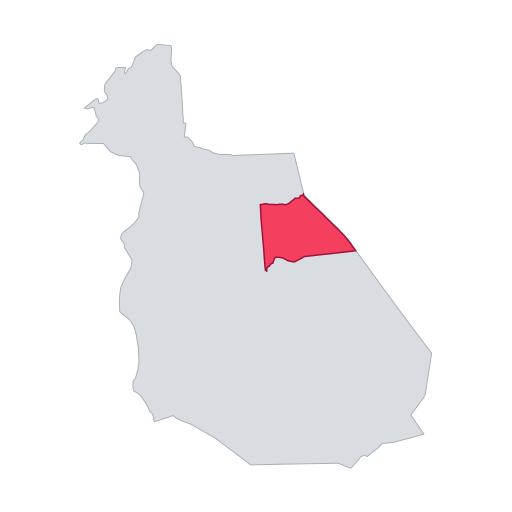 Arlit, Agadez, Niger shown in context, rotated 87°
{"feature_id": "23599985B35740417673211", "entity_name": "Arlit", "entity_type": "district", "adm_level": 2, "iso_a3": "NER", "parent_name": "Niger", "parent_adm1": "Agadez", "projection": "albers", "projection_center": [7.12, 19.518], "detail": "fine", "context": "in_parent", "style": "filled", "palette": "rose", "viewbox_px": 512, "rotation_deg": 87, "n_neighbors": 0, "source": "geoboundaries", "source_scale": "gbopen_adm2", "svg_char_len": 4466}
<svg xmlns="http://www.w3.org/2000/svg" viewBox="0 0 512 512"><g transform="rotate(87 256 256)"><path d="M416.3,366.4L411.3,366.7L408.4,367.7L404.8,370.6L400.8,371.9L395.9,374.5L392.8,376.5L389.9,378.2L386.0,382.1L384.7,385.0L380.7,385.7L375.0,385.4L371.3,382.6L362.9,379.8L357.4,378.7L354.9,378.4L342.1,378.2L328.5,379.7L321.6,381.2L320.4,381.5L316.5,383.4L313.2,385.5L304.5,395.0L292.8,394.8L285.9,393.8L280.0,392.5L271.7,388.2L261.4,381.6L257.5,380.7L254.0,380.2L252.8,380.3L240.7,387.0L238.3,386.8L235.5,387.6L233.6,389.2L232.2,390.0L230.7,390.2L228.8,389.8L226.9,388.8L225.1,387.0L220.1,379.6L219.0,378.3L216.9,376.1L213.3,372.7L210.9,371.1L209.4,370.7L207.6,371.0L197.9,368.0L188.2,364.8L186.1,365.2L184.6,365.8L181.2,368.1L177.2,368.4L172.2,368.2L169.4,367.8L164.9,368.5L162.0,369.4L158.1,370.9L152.9,375.0L151.5,375.5L150.3,376.2L148.4,387.7L146.9,391.1L144.3,395.7L139.1,399.9L135.6,402.5L135.5,406.1L135.1,411.9L134.9,415.9L135.1,418.5L134.5,419.7L134.3,420.8L134.4,422.6L135.2,423.4L135.7,424.4L135.3,425.3L133.7,426.3L131.9,423.7L129.6,421.8L127.1,420.9L125.4,419.5L124.5,417.6L121.3,414.0L113.7,406.6L113.0,406.5L111.7,406.1L109.5,406.9L108.1,408.1L107.2,408.5L105.8,408.5L102.1,409.3L99.1,410.4L99.0,411.4L100.3,416.8L99.5,419.7L98.3,418.3L94.2,412.7L91.4,408.6L90.9,407.7L90.5,406.3L90.8,405.7L92.0,405.3L94.7,404.9L95.2,404.5L95.4,403.3L95.0,401.3L93.6,398.4L92.1,396.5L91.3,396.1L89.7,396.0L87.9,396.2L84.6,398.4L83.1,398.8L79.8,398.5L76.8,397.9L75.0,396.7L69.7,392.0L63.9,387.0L61.4,386.3L60.9,385.8L60.6,382.1L60.9,377.7L61.2,376.5L63.7,377.3L66.3,377.7L67.2,376.9L65.2,375.3L62.2,373.6L61.1,371.1L60.3,370.3L58.9,369.4L57.4,368.9L55.8,368.1L54.8,367.4L53.0,367.0L51.2,366.4L48.6,362.4L46.2,358.5L44.7,355.5L44.3,353.7L45.2,350.6L44.4,349.4L41.6,346.2L39.3,343.2L40.1,338.7L40.8,335.0L40.9,332.7L41.3,331.4L41.7,329.9L43.3,329.5L47.4,329.7L55.3,330.7L61.8,330.1L62.1,330.0L66.7,326.1L71.9,322.1L79.4,322.0L87.5,321.8L93.8,321.7L103.1,321.7L110.6,321.6L119.3,321.5L119.6,319.6L120.1,319.1L121.0,319.1L127.3,320.3L133.3,321.4L133.8,317.8L139.2,313.3L142.2,312.4L142.9,311.7L143.9,310.1L144.5,307.8L144.8,306.1L145.9,304.7L146.8,302.1L147.9,297.6L151.0,292.9L152.8,286.5L153.1,280.3L153.5,275.6L154.4,274.6L154.5,266.2L154.7,257.8L154.8,250.6L154.9,241.7L155.0,233.9L155.1,225.4L155.2,217.8L155.3,212.8L161.2,211.7L167.4,210.5L176.4,208.8L186.1,207.0L196.7,204.9L199.1,203.6L207.1,196.4L210.8,193.1L217.9,186.6L223.4,181.6L230.4,175.2L237.8,168.8L243.7,163.6L252.9,157.8L266.8,148.9L280.6,140.0L294.3,131.0L308.0,122.0L321.7,113.0L335.3,103.9L348.8,94.8L362.3,85.7L376.2,88.6L389.4,91.4L402.7,94.1L405.9,95.7L413.1,101.7L422.4,109.3L422.8,109.4L423.2,109.5L431.7,104.4L442.6,97.7L446.3,114.2L449.2,128.4L449.8,137.5L450.0,139.8L451.0,141.4L453.1,142.9L462.2,155.6L460.5,158.0L462.0,162.0L464.2,163.7L471.7,171.1L472.7,172.6L472.3,173.9L467.9,183.4L467.2,185.7L466.8,197.5L466.5,205.8L466.1,217.3L465.6,231.0L465.2,242.5L464.8,257.8L464.3,272.2L457.4,280.4L445.2,295.0L435.2,306.9L430.3,314.7L420.5,330.0L416.3,339.8L412.9,345.0L411.1,347.2L413.0,354.2L416.3,366.4Z" fill="#d9dde1" stroke="#a8b0b8" stroke-width="1"/><path d="M259.3,247.8L270.5,247.4L271.6,246.2L271.1,246.0L268.5,245.7L267.4,244.8L267.1,243.5L266.5,242.9L265.6,242.5L264.9,241.8L264.2,240.4L264.1,239.8L263.6,239.3L261.9,238.8L259.7,237.7L258.2,236.6L258.3,235.5L258.4,234.1L258.8,231.5L259.2,230.4L259.6,228.9L260.2,228.0L261.1,226.4L262.1,224.8L262.6,223.8L263.2,221.2L263.7,219.4L263.9,217.9L262.6,215.0L261.8,213.4L260.7,210.7L259.1,208.3L256.0,156.2L253.1,158.0L251.5,159.3L250.8,159.5L248.9,160.8L248.6,160.8L247.8,161.4L246.2,162.6L245.7,162.7L243.6,164.5L243.2,164.6L241.2,166.2L240.7,166.5L238.7,168.3L238.2,168.5L237.5,169.1L237.3,169.5L236.0,170.7L235.4,170.9L233.6,172.8L232.8,173.2L231.5,174.5L230.8,175.3L228.9,177.0L228.7,177.4L227.8,178.1L227.0,178.8L225.3,180.5L224.9,180.6L222.4,183.0L221.0,184.5L219.6,185.5L217.3,187.6L212.6,192.1L210.6,194.0L208.6,196.0L206.8,197.6L205.6,198.7L204.3,199.8L203.6,200.2L203.2,200.8L201.4,202.7L200.8,203.0L198.7,205.1L196.8,205.5L197.8,206.2L197.8,207.5L198.1,208.5L199.7,209.1L200.4,210.0L200.4,214.1L201.7,215.3L202.7,217.1L204.0,218.7L206.0,221.8L206.3,225.0L205.6,226.6L205.6,230.7L205.9,231.4L205.8,232.6L205.4,236.7L205.2,239.6L204.8,241.6L204.3,243.0L204.3,243.8L204.5,245.0L204.7,246.7L204.9,249.0L220.5,249.0L230.6,248.6L244.7,248.1L251.4,247.9L259.3,247.8Z" fill="#f43f5e" stroke="#9f1239" stroke-width="1.5"/></g></svg>